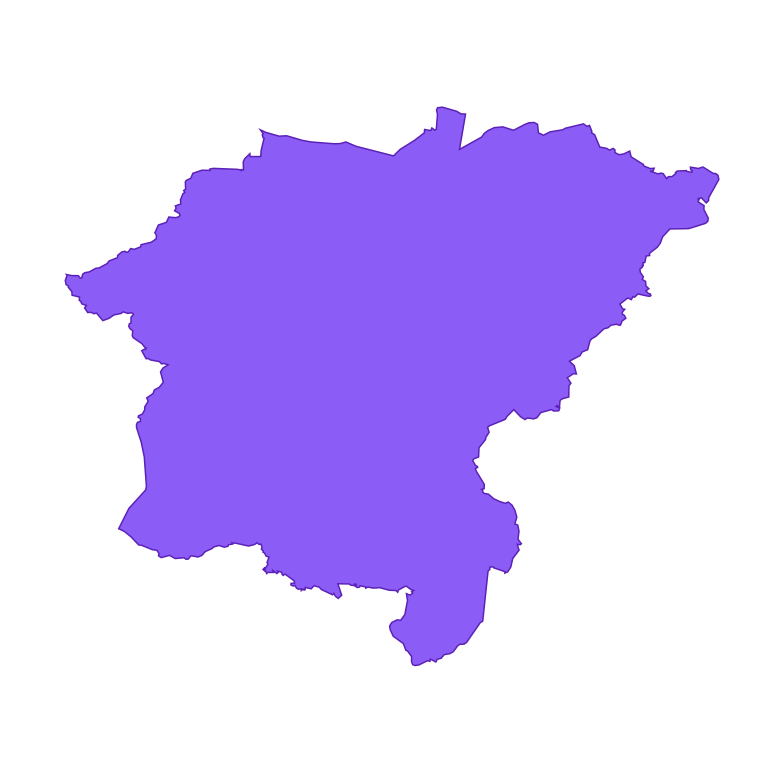 outline of Mazamitla, Jalisco, Mexico, rotated 273°
{"feature_id": "50627088B5705266503054", "entity_name": "Mazamitla", "entity_type": "district", "adm_level": 2, "iso_a3": "MEX", "parent_name": "Mexico", "parent_adm1": "Jalisco", "projection": "natural_earth1", "projection_center": [-103.078, 19.891], "detail": "fine", "context": "isolated", "style": "filled", "palette": "violet", "viewbox_px": 768, "rotation_deg": 273, "n_neighbors": 0, "source": "geoboundaries", "source_scale": "gbopen_adm2", "svg_char_len": 6143}
<svg xmlns="http://www.w3.org/2000/svg" viewBox="0 0 768 768"><g transform="rotate(273 384 384)"><path d="M139.1,403.0L132.6,406.4L125.7,417.0L119.3,419.7L118.7,421.4L113.3,425.8L108.2,426.0L105.3,427.3L104.5,429.6L105.2,433.4L110.0,442.1L109.4,444.3L111.7,444.7L109.1,450.3L111.8,451.6L113.2,455.5L116.9,458.3L118.2,464.0L120.3,467.2L126.7,471.5L128.0,473.3L128.4,477.6L130.3,480.0L150.7,492.6L152.4,495.0L202.6,497.7L204.2,499.3L206.6,499.3L207.2,502.6L206.2,503.1L202.9,514.7L201.5,514.6L202.9,517.4L207.9,520.2L216.4,521.7L225.2,527.6L230.9,525.4L230.6,528.4L231.7,529.6L236.0,525.9L243.9,526.5L250.1,525.0L251.1,522.0L258.0,523.6L264.6,521.4L269.6,518.3L272.6,514.3L271.2,511.2L272.8,505.5L275.2,499.5L279.5,494.0L279.9,490.1L281.0,488.3L283.7,488.1L284.0,487.2L284.8,489.5L289.0,489.4L302.1,480.5L304.2,479.7L305.7,481.9L306.5,481.6L307.5,479.6L312.1,476.6L313.9,477.5L316.1,482.3L325.3,482.2L334.0,488.4L335.6,488.3L341.3,491.5L346.2,489.7L347.8,491.5L355.1,507.0L358.2,508.6L365.2,515.0L358.5,522.0L355.9,526.6L357.6,529.1L357.0,535.3L358.3,538.5L363.7,542.1L367.2,552.7L365.9,554.8L366.4,559.9L369.3,560.8L370.5,557.0L371.6,557.9L369.9,560.4L376.9,560.7L378.7,563.2L380.7,569.2L391.8,568.8L394.6,570.6L399.9,566.7L404.2,572.6L404.1,575.6L412.3,573.0L416.5,568.0L422.6,578.3L426.3,580.1L428.9,585.6L437.6,587.4L439.7,588.7L442.9,593.3L450.6,600.7L451.9,604.8L454.6,607.5L455.8,612.9L454.9,616.5L455.7,617.3L459.3,618.4L462.3,622.1L465.2,620.4L466.3,618.3L468.3,618.3L471.2,620.5L471.5,618.4L476.2,615.4L482.7,623.0L481.2,626.6L484.3,628.0L483.8,629.7L487.2,632.9L485.6,642.7L485.5,645.0L486.4,645.9L487.8,645.3L488.3,643.2L490.8,640.6L493.0,643.5L495.6,640.5L500.2,639.8L501.9,636.5L504.6,637.4L508.8,634.2L512.0,633.5L514.3,635.9L515.8,635.8L515.8,636.7L518.7,636.3L519.0,638.1L525.6,639.2L526.2,642.6L527.9,642.2L529.2,643.2L534.9,649.8L539.2,652.6L545.5,654.5L553.8,661.4L555.1,680.1L561.3,696.8L563.6,698.9L566.7,699.1L575.0,694.3L578.9,694.3L582.4,688.1L585.0,689.1L585.4,687.3L586.5,691.3L581.7,696.3L584.1,698.5L587.3,698.6L605.8,707.7L609.9,706.6L611.6,704.1L611.5,701.7L617.4,691.2L615.7,686.6L616.6,678.7L614.1,679.0L613.0,680.7L611.5,680.3L612.2,674.9L612.9,674.8L612.0,665.6L610.4,664.0L609.5,664.4L606.2,660.8L606.0,657.2L603.9,655.5L608.7,651.8L609.1,649.7L608.2,646.4L610.5,638.5L610.4,641.5L613.6,642.5L613.1,638.6L615.2,632.2L616.8,631.5L623.8,618.9L629.5,617.2L626.3,611.4L625.3,606.7L627.2,602.5L629.9,602.4L631.3,600.4L629.3,597.0L631.0,594.0L631.9,587.1L644.0,581.3L645.8,578.0L647.0,578.4L653.0,575.7L651.9,573.3L654.2,569.6L648.9,551.7L647.2,549.1L644.5,536.7L640.8,530.2L642.9,525.1L651.4,523.7L653.0,520.3L652.5,515.3L651.0,511.8L644.2,500.1L647.0,489.2L645.8,480.8L642.5,474.6L639.4,470.9L635.8,468.7L622.2,447.1L657.8,451.3L657.8,446.7L660.1,442.5L663.5,427.9L662.7,423.1L660.4,422.1L656.1,423.3L641.1,422.9L640.2,421.4L642.2,418.4L639.5,417.4L640.3,411.2L636.9,411.1L628.8,401.6L619.2,387.9L612.3,381.6L619.9,343.7L623.7,333.2L621.8,327.8L621.3,321.4L621.9,298.5L623.0,289.8L626.8,273.8L626.0,266.3L629.1,252.9L631.3,247.3L627.6,250.3L626.7,249.4L623.7,250.3L623.3,251.4L610.9,249.1L604.7,249.0L604.1,238.4L607.0,238.0L601.6,233.0L598.3,231.8L590.4,232.5L590.7,230.7L589.6,230.1L590.4,229.3L590.7,225.7L590.4,202.1L589.5,198.8L588.2,199.0L588.0,191.1L584.4,182.1L579.4,180.3L576.9,175.8L575.3,175.0L568.1,175.7L566.8,173.8L564.9,175.1L563.6,173.3L557.2,171.1L553.2,171.7L550.9,166.3L548.7,167.2L546.0,165.8L543.8,170.4L541.7,171.6L540.0,169.9L539.2,166.9L539.5,160.4L534.0,158.2L531.0,150.4L523.0,147.3L520.5,149.0L517.1,148.9L513.4,144.2L510.4,134.1L508.3,133.9L505.4,127.6L506.0,123.9L502.6,121.8L502.0,120.1L503.0,118.3L502.1,115.2L498.5,111.3L496.2,111.2L492.6,103.2L489.6,101.0L485.0,93.4L484.5,90.2L480.5,83.8L479.5,79.4L477.8,77.3L474.0,76.6L474.0,74.9L476.2,73.1L475.9,66.8L476.7,61.2L476.0,61.8L470.6,60.3L466.6,61.3L465.3,63.8L464.0,63.7L460.0,67.4L456.3,67.9L454.9,75.4L451.6,75.3L450.6,76.9L448.3,77.9L446.8,82.7L444.3,81.0L439.9,84.3L440.2,88.2L439.0,90.3L439.7,93.3L432.6,99.9L435.1,105.8L438.9,110.8L440.6,117.5L442.4,119.9L441.1,124.3L441.9,127.9L441.0,129.9L440.2,130.1L437.6,127.9L431.6,128.1L430.8,126.5L428.2,126.1L426.1,127.3L424.0,130.3L419.1,130.1L417.1,131.2L411.5,140.3L407.6,143.6L407.4,144.8L405.9,143.9L406.1,142.7L404.6,140.3L396.8,145.1L397.1,147.2L395.8,149.5L394.6,158.6L392.5,160.7L392.9,163.5L391.8,167.4L388.4,162.5L384.5,160.2L374.2,163.5L368.9,159.7L366.1,155.0L362.4,153.9L357.7,147.8L354.4,149.4L348.7,146.3L345.5,146.3L341.4,144.3L339.4,140.5L338.0,140.2L336.6,142.6L333.8,142.7L332.9,139.9L330.7,139.0L327.7,139.1L313.2,144.6L298.8,148.4L269.3,152.1L265.7,151.5L246.5,135.8L225.6,126.6L223.2,132.4L218.0,139.5L210.4,147.5L210.4,149.8L206.4,161.5L206.1,165.8L202.9,168.2L200.6,167.8L199.0,170.6L201.6,178.8L198.8,184.6L200.0,193.4L198.7,195.3L198.8,197.5L202.4,200.3L201.5,207.4L203.4,211.2L207.3,214.3L210.7,220.9L212.4,222.5L214.1,227.9L212.7,232.9L213.7,236.6L215.4,237.2L216.0,240.3L217.5,240.5L216.4,241.5L217.5,242.9L215.1,257.2L216.9,263.1L218.8,265.6L217.3,267.6L217.6,269.6L214.7,270.7L212.6,270.2L210.9,272.3L209.7,272.0L209.0,273.5L206.0,275.2L205.1,278.2L199.5,276.5L198.0,277.6L194.4,275.5L194.3,274.4L192.4,272.9L191.8,273.7L192.8,275.1L190.7,275.0L190.7,275.9L188.6,276.7L189.8,278.1L190.0,283.5L191.9,282.8L189.1,287.0L190.7,288.5L191.5,287.8L190.6,291.8L188.6,292.1L187.6,293.4L189.0,295.1L182.9,304.4L180.5,305.2L180.0,301.6L178.4,301.6L177.5,304.1L178.2,305.7L175.5,307.3L174.6,309.1L175.1,312.0L173.4,312.2L174.9,313.9L174.0,315.0L174.7,316.1L176.7,316.0L175.7,322.1L178.9,324.6L177.7,330.0L175.5,332.2L170.8,343.7L172.3,344.8L169.4,346.7L167.5,349.5L170.8,352.8L182.1,348.4L182.5,359.7L181.4,361.2L181.1,365.0L182.4,364.8L182.9,366.1L181.6,366.9L180.9,365.3L179.3,368.0L180.0,370.3L181.3,370.6L180.4,376.3L179.2,376.4L180.4,378.8L179.6,383.8L180.4,390.4L178.3,400.0L178.4,406.6L176.8,408.6L179.0,409.1L183.2,416.0L183.1,417.2L180.0,421.9L179.4,424.4L178.0,422.4L176.6,423.6L174.5,420.9L175.8,417.4L169.0,418.8L154.9,416.9L148.9,413.0L149.2,409.5L146.2,404.2L142.6,402.3L139.1,403.0Z" fill="#8b5cf6" stroke="#5b21b6" stroke-width="1.5"/></g></svg>